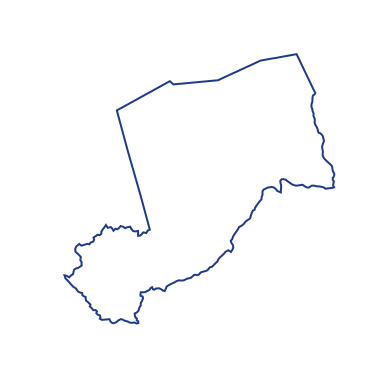 outline of Lagoa do Mato, Maranhão, Brazil, rotated 255°
{"feature_id": "56859067B38222691073156", "entity_name": "Lagoa do Mato", "entity_type": "district", "adm_level": 2, "iso_a3": "BRA", "parent_name": "Brazil", "parent_adm1": "Maranhão", "projection": "albers", "projection_center": [-43.587, -6.007], "detail": "fine", "context": "isolated", "style": "outline", "palette": "blue", "viewbox_px": 384, "rotation_deg": 255, "n_neighbors": 0, "source": "geoboundaries", "source_scale": "gbopen_adm2", "svg_char_len": 3687}
<svg xmlns="http://www.w3.org/2000/svg" viewBox="0 0 384 384"><g transform="rotate(255 192 192)"><path d="M103.4,140.0L105.2,141.6L107.2,143.0L107.9,144.9L108.7,148.3L109.2,151.7L109.9,153.9L110.1,156.4L109.2,158.8L108.8,161.2L109.1,162.7L109.5,164.7L109.4,168.6L110.6,171.1L111.4,172.5L111.1,174.1L110.3,175.6L110.6,177.7L112.0,179.4L112.2,181.8L112.1,184.5L112.4,186.5L113.3,188.1L114.6,189.5L114.6,191.8L115.8,194.1L117.1,196.1L117.9,198.0L119.1,199.1L120.3,200.2L121.6,202.0L122.8,204.5L123.9,206.4L125.7,209.3L126.3,212.0L124.0,214.1L126.1,216.4L127.7,217.5L130.0,217.8L132.6,216.9L134.9,216.8L135.9,218.5L138.2,220.0L140.3,222.2L142.9,225.3L144.4,227.0L146.0,228.5L146.8,231.7L147.7,233.7L149.5,236.0L150.2,237.5L150.9,239.9L151.6,241.4L153.8,242.6L156.6,244.5L158.3,246.0L158.6,247.8L160.4,248.8L161.7,250.3L163.3,252.1L164.4,253.5L165.7,255.3L166.9,257.2L168.9,257.9L171.5,259.6L174.1,260.1L175.7,261.6L176.7,266.3L176.4,268.6L176.2,270.2L175.4,272.0L173.5,273.5L170.8,274.8L168.6,277.7L171.3,278.5L173.5,279.3L175.7,279.9L177.5,279.8L179.8,280.1L181.1,281.8L180.8,283.6L179.4,286.0L178.0,286.8L173.4,290.7L172.3,292.2L171.4,293.8L170.9,295.5L170.4,300.6L169.2,301.6L166.9,303.8L166.0,305.9L167.1,309.0L166.8,310.9L165.0,314.5L164.5,316.3L163.2,319.0L162.1,320.7L160.6,321.8L160.4,323.6L160.2,325.2L159.7,327.9L159.7,330.4L161.6,330.0L163.7,330.8L165.6,331.8L167.4,331.2L169.0,331.5L169.9,332.7L171.7,333.9L173.3,334.1L175.4,333.5L177.6,333.6L179.1,333.8L180.8,333.9L184.4,331.8L186.2,330.6L189.2,328.8L190.9,328.1L193.7,327.7L195.8,328.4L197.6,329.0L199.6,329.0L202.2,329.4L204.8,331.0L207.1,332.7L210.0,332.8L212.2,332.8L213.9,332.2L215.4,331.1L216.4,329.8L218.0,329.4L219.6,329.6L222.0,329.4L225.1,328.5L227.5,328.4L229.4,329.2L231.3,329.4L234.1,329.0L236.5,329.8L238.9,329.4L241.0,329.7L243.3,329.4L245.9,330.2L248.0,331.6L250.0,332.2L251.9,332.8L253.9,333.8L254.5,335.5L255.7,336.7L260.1,335.8L298.1,328.7L300.0,305.7L300.3,303.0L301.2,292.2L294.4,252.7L293.2,246.2L299.1,211.5L300.1,205.9L300.7,201.9L304.8,199.3L292.2,148.4L290.3,140.5L249.2,140.6L242.3,140.7L203.8,141.4L173.5,141.5L166.5,141.5L166.2,139.3L164.2,137.2L165.6,134.5L164.1,132.3L163.3,130.8L163.6,128.6L168.3,129.8L168.7,126.6L169.7,124.9L172.3,123.8L174.5,123.3L174.7,120.2L174.3,118.1L176.1,116.7L177.6,114.2L176.4,112.6L175.3,110.3L176.3,108.5L174.9,106.1L177.3,105.5L179.1,104.5L179.2,101.4L182.4,100.3L180.5,98.2L179.0,96.1L177.0,94.1L175.1,93.6L174.2,91.6L175.2,89.7L174.3,87.6L173.5,85.1L171.3,85.1L169.7,83.8L169.3,80.7L168.0,79.4L169.0,77.5L168.8,71.3L171.0,69.6L170.3,68.1L169.4,66.2L167.4,64.5L164.5,64.0L161.5,65.9L158.1,67.8L155.1,66.5L152.7,67.2L151.2,66.7L149.5,66.4L148.1,62.2L148.1,59.8L147.5,58.1L145.6,56.9L143.5,55.9L142.5,53.1L141.4,51.4L143.5,49.1L144.5,47.3L141.3,47.4L139.6,48.4L138.0,49.3L136.6,50.1L135.2,50.7L133.8,51.4L131.2,52.8L129.0,54.8L127.1,55.5L125.2,56.3L123.8,58.0L122.8,59.8L120.7,59.4L119.2,60.6L118.1,62.1L116.6,61.7L114.6,61.5L113.0,62.7L111.5,63.6L109.4,64.8L107.8,63.7L105.7,65.1L103.4,66.1L102.9,68.2L101.3,69.3L99.6,68.2L97.9,69.2L96.7,71.1L94.7,71.2L93.4,70.2L91.8,71.9L91.4,74.2L91.0,76.4L90.5,79.3L88.0,79.8L86.4,80.8L85.5,82.3L85.8,85.0L87.0,87.6L87.6,90.3L86.8,91.9L85.3,93.4L83.5,96.4L82.3,97.6L81.2,99.9L80.9,102.6L79.4,104.3L79.2,106.1L80.9,106.7L82.3,105.4L83.9,106.0L85.6,104.9L87.2,104.8L89.5,105.2L89.8,107.3L91.2,109.6L92.8,110.5L94.5,111.7L95.7,113.2L97.8,113.6L99.7,115.5L102.0,117.2L103.7,117.3L105.1,115.4L106.9,115.9L108.4,116.5L107.9,118.5L107.4,120.7L107.9,122.8L108.4,125.5L109.9,127.0L110.4,128.8L108.1,129.1L107.4,130.5L108.1,132.0L107.6,135.1L106.1,137.0L104.3,138.4L103.4,140.0Z" fill="none" stroke="#1e3a8a" stroke-width="2"/></g></svg>